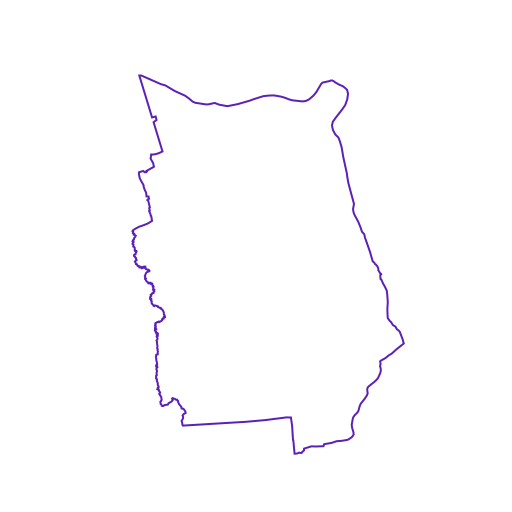 the district of Sai Ngam, Kamphaeng Phet, Thailand, rotated 257°
{"feature_id": "78962969B50416991150341", "entity_name": "Sai Ngam", "entity_type": "district", "adm_level": 2, "iso_a3": "THA", "parent_name": "Thailand", "parent_adm1": "Kamphaeng Phet", "projection": "mercator", "projection_center": [99.833, 16.445], "detail": "fine", "context": "isolated", "style": "outline", "palette": "violet", "viewbox_px": 512, "rotation_deg": 257, "n_neighbors": 0, "source": "geoboundaries", "source_scale": "gbopen_adm2", "svg_char_len": 6125}
<svg xmlns="http://www.w3.org/2000/svg" viewBox="0 0 512 512"><g transform="rotate(257 256 256)"><path d="M107.2,146.6L96.7,209.0L94.0,228.3L91.9,249.3L90.8,253.7L82.5,253.0L69.3,250.8L68.4,250.7L68.1,250.9L54.7,249.1L54.3,251.8L54.7,253.9L54.0,255.2L53.9,256.2L54.9,257.3L55.7,259.0L57.5,259.5L58.1,267.2L57.0,271.1L55.5,279.0L57.3,280.0L56.9,287.8L57.4,292.9L56.6,298.2L56.3,303.5L56.4,304.6L57.8,308.3L58.7,309.6L60.1,311.0L62.4,311.3L66.9,311.0L70.1,311.3L76.1,313.9L77.2,314.7L78.6,316.2L80.6,319.5L82.0,320.9L86.3,323.2L88.4,324.7L92.3,329.6L95.2,332.7L97.0,333.9L101.0,334.3L102.8,335.3L103.5,336.3L107.0,343.5L108.1,345.4L109.6,347.4L113.9,350.7L116.4,351.9L118.3,352.2L120.7,352.1L122.8,353.1L125.1,353.2L125.8,353.6L127.4,359.1L129.4,363.2L130.4,366.4L133.3,371.5L137.5,380.3L142.2,380.1L149.9,379.0L150.8,378.6L153.1,376.7L155.8,376.0L158.0,373.8L161.1,372.8L162.7,371.7L166.0,370.4L174.6,372.0L181.3,374.0L188.8,375.2L192.9,375.6L197.0,374.7L200.6,373.6L205.0,372.8L205.4,372.2L207.5,372.4L209.5,372.8L210.0,373.9L210.5,373.8L211.3,373.1L214.5,372.0L216.8,372.4L219.1,371.7L221.0,370.7L221.5,370.1L223.1,369.7L224.5,368.5L234.4,368.0L249.8,366.3L252.8,366.4L255.8,364.7L260.2,364.3L266.5,363.3L273.3,361.4L275.2,361.0L277.3,360.9L279.9,361.1L284.7,363.2L306.1,362.4L313.5,362.8L315.8,363.1L332.6,363.3L342.9,363.9L349.0,363.5L352.8,363.0L356.6,360.6L361.5,359.3L366.2,359.4L369.5,361.1L372.4,364.3L378.8,372.2L382.9,376.8L388.2,380.2L393.5,382.2L397.5,382.1L399.6,380.7L402.0,378.7L404.0,375.9L407.1,372.5L409.3,370.6L409.8,369.8L410.2,368.4L409.9,367.2L410.0,360.5L409.9,359.6L409.0,358.2L401.9,351.4L399.4,348.1L396.9,343.4L396.3,341.7L395.9,339.4L396.0,337.0L396.5,335.0L399.6,326.3L401.4,323.1L403.6,319.9L405.5,316.6L407.7,311.5L408.6,308.9L409.5,304.2L410.1,299.1L409.3,288.7L408.8,285.3L408.1,272.6L408.4,261.9L411.7,254.2L414.4,250.2L414.5,243.3L415.2,240.7L419.0,231.2L420.8,228.9L424.7,226.0L428.2,222.9L435.0,214.0L442.1,206.6L443.0,205.4L444.7,202.2L457.6,184.9L458.1,182.9L414.4,185.9L414.5,189.6L410.9,189.7L409.4,186.3L378.9,188.4L378.1,184.6L377.8,181.3L378.1,177.9L378.5,176.7L374.5,175.2L369.6,176.7L365.9,176.6L363.5,168.4L362.8,168.6L362.3,167.8L362.7,166.3L364.2,165.3L363.9,160.9L362.6,160.4L358.5,160.2L356.6,160.5L350.2,162.4L348.8,162.1L345.8,162.4L342.3,163.2L338.7,162.7L338.1,164.7L335.8,164.6L335.7,163.9L335.0,162.8L334.3,163.4L327.2,163.5L326.7,162.7L324.1,162.7L323.9,162.0L320.3,162.6L318.9,162.5L318.6,162.9L318.4,162.9L313.6,162.6L312.3,158.8L311.8,156.8L311.0,151.0L310.9,149.0L309.6,144.2L308.6,141.7L307.9,141.8L307.6,141.3L307.0,141.7L305.9,141.2L305.1,142.3L304.2,141.7L303.6,142.8L302.8,143.4L301.8,142.6L300.7,141.1L299.6,140.8L299.0,139.6L298.2,139.1L297.7,139.9L296.9,139.8L296.3,138.7L295.6,138.4L295.3,138.4L294.6,139.2L292.8,138.5L292.3,139.3L291.3,139.7L289.6,139.3L289.1,139.5L288.8,139.1L288.3,139.1L287.8,139.6L287.7,140.6L287.3,140.7L285.8,139.4L284.8,139.0L284.8,137.9L284.2,137.3L283.0,137.3L282.5,138.0L281.6,138.0L281.0,138.7L279.8,138.4L278.9,138.8L278.7,138.7L278.8,138.2L277.8,136.7L276.1,137.3L275.1,137.2L274.5,138.3L273.5,138.2L273.0,138.7L272.5,138.9L272.5,139.4L272.3,140.1L271.1,139.9L271.1,141.3L270.6,141.2L270.4,141.7L269.7,141.9L269.7,142.6L270.0,143.0L270.7,142.8L270.9,144.5L270.7,145.2L270.1,144.5L269.6,144.6L269.8,145.7L268.1,145.8L267.3,146.7L267.0,147.8L266.6,148.4L265.7,148.9L265.3,148.8L265.2,148.6L265.6,148.2L265.7,147.8L264.9,147.1L264.9,146.3L264.3,145.2L261.4,143.1L260.7,143.4L259.6,143.0L259.5,143.3L258.9,143.6L258.7,143.2L258.3,142.9L258.0,143.2L257.5,143.2L255.8,143.7L254.9,144.7L253.6,145.0L253.8,146.3L252.9,146.7L253.4,147.5L252.9,147.8L252.6,148.5L252.2,148.7L251.7,148.2L250.5,148.9L250.1,148.6L249.5,149.2L249.0,148.7L248.6,149.0L248.0,148.7L247.3,148.8L246.8,148.2L246.2,148.1L245.8,148.3L245.7,149.2L245.1,148.9L244.4,149.0L244.1,148.3L243.0,147.8L243.3,147.2L242.8,146.1L242.3,145.9L241.9,144.7L241.3,144.6L241.0,145.0L240.7,145.0L239.8,143.6L238.8,143.5L238.5,143.2L238.0,143.2L237.9,144.3L237.7,144.4L236.6,144.2L236.1,143.7L235.0,144.2L234.5,143.9L233.1,143.7L232.5,144.3L230.4,145.1L230.1,145.6L230.6,146.1L230.5,146.6L229.2,148.9L228.7,148.9L228.7,149.3L228.0,149.5L227.0,150.7L226.9,151.5L226.0,151.5L225.6,152.1L223.7,153.2L223.3,153.1L222.3,153.4L221.2,153.4L220.2,153.1L219.2,153.5L218.4,153.2L217.8,153.7L217.3,153.7L216.9,153.6L217.1,152.4L216.2,152.2L216.4,151.8L216.1,151.1L215.5,151.0L215.4,150.2L214.5,150.1L213.9,149.0L213.9,148.1L213.3,147.1L213.4,146.9L213.9,146.7L214.0,146.5L213.6,145.7L213.9,145.0L213.2,143.7L213.3,143.0L212.9,142.7L212.2,142.9L211.3,142.0L210.8,142.1L210.2,142.6L209.7,142.0L208.9,142.1L208.9,141.5L208.6,141.4L208.4,141.9L207.8,141.9L207.1,142.4L206.8,142.0L207.2,141.0L206.1,140.7L204.9,141.5L204.0,141.1L203.6,141.3L203.5,142.1L203.1,142.7L202.3,142.9L201.8,142.0L201.3,142.5L200.3,142.4L200.3,141.9L200.7,141.5L200.2,141.1L199.4,141.1L198.1,141.5L197.1,141.3L196.0,140.0L194.4,140.3L193.7,139.9L190.2,139.7L188.3,138.9L187.4,139.3L186.3,138.8L185.1,139.0L183.6,138.3L182.9,138.4L182.2,138.1L182.2,136.6L179.6,135.6L178.2,135.8L177.3,135.4L175.1,135.5L172.4,135.3L172.1,135.1L172.2,134.4L171.3,133.8L170.8,134.0L170.3,134.9L169.7,134.9L169.1,133.8L167.7,133.4L166.5,133.8L166.0,133.7L165.2,133.1L163.5,132.6L162.3,132.6L161.6,131.6L160.4,131.5L159.6,131.1L158.9,131.2L158.1,131.8L156.7,131.3L154.2,131.7L152.6,131.3L151.6,131.3L151.1,131.7L150.1,131.7L149.4,131.3L149.5,130.6L148.8,130.4L148.4,129.9L147.2,131.3L146.4,131.1L144.7,131.9L144.4,131.8L143.8,130.9L143.1,130.7L142.6,131.1L141.6,131.2L140.9,131.7L139.8,131.9L137.0,131.7L136.3,130.9L135.8,130.7L135.6,130.1L133.4,129.8L132.6,130.4L131.2,130.5L130.9,131.1L130.7,132.2L131.3,133.1L131.2,135.3L131.0,135.8L131.1,136.8L132.2,137.6L133.1,140.7L134.1,142.3L136.0,142.2L136.3,142.6L136.2,143.0L135.4,143.8L135.1,144.8L134.2,145.4L133.7,146.8L133.0,146.8L132.5,147.4L131.0,147.3L128.7,147.8L126.1,149.2L124.1,149.2L123.8,150.4L123.1,151.1L120.6,152.2L118.8,152.1L118.3,150.0L117.1,148.6L115.3,148.8L114.2,148.4L112.0,146.4L109.8,146.6L108.8,146.3L107.2,146.6Z" fill="none" stroke="#5b21b6" stroke-width="2"/></g></svg>